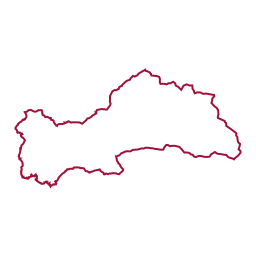 the district of Viseu De Sus, Maramures, Romania
{"feature_id": "2599482B29272947771159", "entity_name": "Viseu De Sus", "entity_type": "district", "adm_level": 2, "iso_a3": "ROU", "parent_name": "Romania", "parent_adm1": "Maramures", "projection": "equal_earth", "projection_center": [24.481, 47.762], "detail": "fine", "context": "isolated", "style": "outline", "palette": "rose", "viewbox_px": 256, "rotation_deg": 0, "n_neighbors": 0, "source": "geoboundaries", "source_scale": "gbopen_adm2", "svg_char_len": 5712}
<svg xmlns="http://www.w3.org/2000/svg" viewBox="0 0 256 256"><path d="M56.4,183.2L55.1,181.5L55.6,181.1L56.0,181.2L56.9,180.8L57.4,180.4L58.1,178.9L58.5,178.4L58.5,177.9L59.3,176.9L62.5,173.5L63.7,173.0L64.3,172.3L65.2,171.7L65.5,171.3L65.4,171.0L66.4,170.4L67.0,169.4L67.6,169.5L68.2,169.1L69.0,169.3L69.6,168.9L70.8,168.7L72.5,168.9L73.1,168.6L73.4,168.0L73.8,167.9L74.0,167.5L74.9,167.4L75.1,167.5L77.5,167.4L79.4,167.6L80.5,168.2L81.3,168.0L83.8,168.3L85.5,170.9L86.1,171.2L87.1,171.2L88.5,172.1L89.2,172.1L89.4,172.6L94.9,170.5L98.6,169.8L99.7,169.4L100.0,169.8L100.5,171.0L103.6,172.9L103.8,174.2L104.0,174.3L104.8,174.4L106.1,173.5L108.0,174.2L109.5,173.5L111.3,173.5L113.6,173.1L114.6,173.3L116.1,173.3L117.2,173.9L119.1,174.2L120.1,173.2L122.3,171.3L123.1,170.4L123.0,170.2L123.2,169.3L121.3,167.5L120.9,166.7L120.2,165.9L120.2,165.0L119.0,163.7L118.5,163.5L117.8,161.9L116.9,160.6L116.6,158.4L116.0,156.3L117.0,156.3L117.9,155.8L119.0,155.5L119.9,154.8L121.3,153.3L124.1,152.2L124.3,151.9L127.0,151.2L129.9,151.4L130.9,151.1L132.8,149.9L137.7,149.5L141.5,148.4L143.7,148.6L145.5,147.7L146.6,147.8L147.8,147.7L150.9,148.2L152.6,148.3L155.0,148.9L158.1,149.2L159.1,149.5L162.9,149.8L163.6,149.2L164.0,147.7L164.3,147.3L165.4,146.1L166.2,145.0L166.7,144.9L168.3,145.2L168.7,145.6L170.1,146.2L172.4,145.8L174.8,145.8L179.3,146.9L181.6,149.2L184.2,152.4L184.7,152.6L185.9,152.4L188.9,152.8L189.8,153.3L190.6,154.3L192.8,154.8L193.4,155.9L194.2,156.6L195.0,156.9L196.1,157.0L198.5,156.1L199.8,155.9L202.2,156.2L203.1,156.6L206.0,157.0L209.4,156.7L210.0,156.3L210.1,155.9L211.0,154.4L211.7,153.9L213.9,152.8L214.5,152.1L215.2,152.1L216.8,153.4L218.1,153.9L220.2,154.0L224.4,154.8L225.6,154.8L226.5,155.0L227.7,156.6L229.1,157.5L233.2,158.8L234.0,159.3L234.6,158.4L237.7,156.0L238.8,154.9L240.5,152.7L240.6,152.1L240.5,151.0L238.6,149.3L239.7,145.8L240.0,143.9L238.4,142.6L237.8,141.0L237.4,138.3L237.4,137.1L236.1,135.4L236.4,133.3L231.8,129.7L226.3,125.9L226.1,123.1L225.0,122.3L224.6,120.9L217.9,118.0L217.8,116.8L218.5,114.2L218.0,110.2L216.7,107.9L214.7,106.5L211.4,103.0L212.3,100.2L212.1,99.4L212.4,98.6L213.5,97.0L214.3,96.4L214.1,95.0L205.6,93.5L203.9,93.9L202.5,93.6L200.8,92.6L199.4,92.4L197.2,92.4L194.9,93.3L194.1,92.0L193.9,90.7L192.6,88.9L192.3,85.4L189.7,85.5L186.6,84.4L183.6,85.6L181.2,89.8L178.2,86.8L175.9,85.7L175.5,84.7L175.2,83.3L173.1,81.8L170.2,83.4L168.5,83.2L166.7,84.4L164.8,83.9L162.9,83.8L160.5,83.9L159.8,82.3L159.9,78.9L159.2,76.9L156.6,76.0L151.4,75.5L151.0,74.7L151.0,73.9L150.3,73.5L149.9,72.5L147.2,71.2L145.9,71.0L145.2,69.7L144.0,70.6L142.9,71.0L140.5,72.5L139.8,72.8L138.0,74.2L137.9,74.7L137.3,75.3L136.8,75.6L135.8,75.9L135.1,76.5L134.6,76.6L133.8,76.1L132.7,76.0L132.1,76.9L130.5,78.4L129.7,79.9L127.8,80.4L126.4,81.1L123.2,83.9L122.1,85.1L121.9,85.9L121.0,86.1L119.4,87.1L119.0,87.8L118.7,89.0L117.5,89.3L116.5,90.2L115.7,90.3L114.8,90.0L113.6,90.5L112.2,91.7L110.1,95.8L110.0,97.2L109.9,101.1L110.1,102.5L110.6,103.8L110.2,105.1L109.5,106.2L108.0,107.9L107.5,108.9L106.8,109.6L105.6,109.6L104.3,109.2L103.2,109.3L101.8,109.0L97.0,110.0L96.6,110.5L96.3,113.0L95.8,112.7L96.0,113.4L92.5,115.6L91.9,116.1L91.4,116.9L89.8,117.6L89.0,118.3L87.4,118.5L86.2,120.2L82.2,123.7L79.3,122.4L72.2,122.3L71.0,122.6L69.4,121.7L68.8,121.7L68.8,121.4L68.6,121.3L67.2,121.7L67.1,121.8L67.3,122.0L67.2,122.2L66.1,122.7L65.3,122.6L65.6,122.9L63.7,123.7L62.2,124.0L60.2,124.0L58.9,124.2L57.7,124.8L57.2,125.3L57.0,125.9L56.2,125.5L54.4,123.1L53.9,122.4L53.6,120.8L53.3,120.4L50.9,119.7L50.7,119.3L50.8,118.7L50.2,118.4L50.6,118.0L50.3,117.9L49.9,118.0L48.6,117.6L47.5,116.9L45.2,117.0L44.3,115.5L43.3,115.4L42.5,114.8L42.5,113.2L42.1,112.8L42.2,112.4L42.2,111.1L41.5,110.1L40.0,110.3L38.4,110.2L36.7,111.3L35.4,111.7L33.6,111.4L31.0,110.0L30.0,110.0L28.4,110.3L28.0,110.6L27.6,111.2L27.0,111.6L24.8,112.1L25.6,113.5L26.0,114.6L26.4,115.3L26.4,116.8L26.0,117.8L24.9,118.8L25.0,119.3L23.7,119.9L23.2,119.5L22.6,119.9L21.4,121.5L19.7,122.4L18.0,124.0L17.8,124.2L18.0,124.7L16.4,126.4L15.4,128.0L15.5,128.8L16.7,129.8L17.0,131.0L17.6,131.8L17.3,132.5L17.7,132.8L18.3,132.4L19.0,132.5L19.5,132.8L19.9,132.6L20.4,133.3L22.1,133.6L22.4,134.2L21.3,134.6L20.8,135.4L20.9,135.9L21.4,136.3L21.7,137.1L22.4,137.5L22.9,137.6L24.3,139.2L25.0,140.5L24.4,141.2L23.4,143.6L21.5,145.3L21.5,146.0L20.8,147.9L21.0,148.4L20.9,148.7L20.2,148.5L20.2,149.6L20.5,150.1L19.8,153.1L19.2,154.8L18.9,155.1L18.9,155.8L19.0,156.0L18.7,156.7L19.1,157.0L19.3,157.4L19.4,158.6L19.7,158.6L19.4,158.8L19.7,159.3L20.9,160.2L21.7,161.3L22.4,162.5L22.7,163.9L22.7,165.8L21.3,167.3L21.7,169.4L21.5,169.9L21.6,170.6L21.1,171.2L21.3,171.4L21.3,171.7L21.1,172.5L21.4,173.0L21.2,173.4L21.3,174.7L21.9,175.2L22.3,177.1L22.4,177.3L23.2,176.7L23.5,176.7L23.6,177.5L24.2,178.0L25.4,178.1L26.9,178.5L26.6,177.9L26.7,177.7L26.9,177.7L26.9,177.9L27.2,178.1L28.5,178.1L28.9,177.9L29.0,177.1L30.8,176.6L30.8,176.4L31.0,176.1L31.3,176.5L31.5,176.4L31.3,175.6L31.8,175.9L31.3,175.3L31.7,175.5L31.8,175.0L32.0,175.2L31.9,175.8L32.5,176.2L34.1,175.9L34.6,175.3L35.1,175.3L35.4,175.0L35.4,175.5L35.6,175.3L35.6,175.0L35.9,175.0L36.2,175.6L36.4,175.5L36.9,176.1L36.8,176.3L36.5,176.3L36.9,176.9L36.6,178.0L36.7,178.4L36.9,178.5L36.7,178.9L35.6,179.3L35.7,179.9L36.3,180.1L36.8,180.1L37.1,180.7L36.9,180.8L37.6,181.5L38.6,181.8L39.0,182.4L39.5,182.7L40.7,182.9L41.4,183.8L43.9,183.6L44.5,183.0L44.4,182.4L45.1,182.4L45.8,181.8L46.0,182.0L46.6,181.7L47.4,181.7L47.3,183.2L47.6,183.5L48.7,183.8L49.5,183.2L49.5,184.0L49.3,184.2L49.4,184.3L49.2,184.7L49.7,185.4L50.3,185.2L50.6,186.3L51.0,185.7L51.5,185.7L52.4,184.9L53.3,184.4L53.7,184.3L53.8,184.6L54.4,184.6L55.3,184.3L55.9,184.4L56.4,183.2Z" fill="none" stroke="#9f1239" stroke-width="2"/></svg>